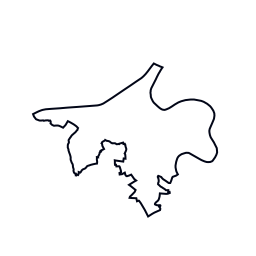 Thu Duc, Hồ Chí Minh city, Vietnam (Albers equal-area conic projection), rotated 207°
{"feature_id": "81297802B1678031067910", "entity_name": "Thu Duc", "entity_type": "district", "adm_level": 2, "iso_a3": "VNM", "parent_name": "Vietnam", "parent_adm1": "Hồ Chí Minh city", "projection": "albers", "projection_center": [106.748, 10.855], "detail": "fine", "context": "isolated", "style": "outline", "palette": "ink", "viewbox_px": 256, "rotation_deg": 207, "n_neighbors": 0, "source": "geoboundaries", "source_scale": "gbopen_adm2", "svg_char_len": 5535}
<svg xmlns="http://www.w3.org/2000/svg" viewBox="0 0 256 256"><g transform="rotate(207 128 128)"><path d="M124.7,197.7L126.0,197.6L127.4,197.4L128.8,197.4L131.3,197.2L134.3,197.2L135.0,193.8L136.1,187.4L136.8,184.1L137.7,181.1L138.7,178.6L140.1,176.1L142.0,172.7L145.2,166.8L149.0,160.0L152.8,153.1L155.6,148.0L158.2,143.5L161.1,138.6L162.7,136.7L164.3,135.2L165.6,134.2L168.7,132.3L175.1,128.4L182.5,123.9L191.0,118.8L197.9,114.5L205.1,110.2L209.7,107.4L212.0,105.6L213.0,104.7L215.0,102.5L216.4,100.7L218.9,97.3L217.6,96.1L216.9,95.5L216.0,95.1L214.0,94.1L213.4,94.1L211.9,94.3L210.8,94.4L209.9,94.6L208.6,95.3L207.0,96.3L206.3,96.2L204.8,97.4L203.0,98.4L202.5,98.6L202.0,98.6L201.7,98.5L200.9,99.3L200.2,99.0L199.8,98.6L199.4,97.8L199.1,96.9L196.9,96.3L195.0,96.4L193.6,97.3L191.6,98.4L190.2,98.7L187.9,98.8L186.0,98.8L185.0,102.3L184.9,103.6L184.8,105.8L184.7,106.8L184.0,106.8L181.7,106.8L178.1,106.6L176.7,106.4L175.4,106.2L174.5,106.0L172.5,105.3L172.5,104.7L172.4,104.3L172.3,103.9L172.2,103.5L172.2,103.2L172.5,102.7L172.6,102.0L172.7,101.4L172.9,100.6L173.2,99.7L173.7,98.6L174.0,97.7L174.2,97.3L174.6,96.3L174.7,95.9L174.9,95.0L174.9,94.4L175.0,93.7L175.2,93.0L175.2,92.2L175.3,91.6L175.4,91.1L175.4,90.3L175.3,90.0L174.9,89.4L174.5,89.0L174.2,88.6L174.1,88.0L174.0,87.5L174.1,86.7L174.0,86.0L173.9,85.5L173.6,84.9L173.2,84.1L173.0,83.7L172.9,83.4L172.2,82.7L171.3,81.9L171.1,81.4L170.7,80.9L169.9,80.1L169.0,79.2L168.1,78.4L167.6,77.9L167.0,77.3L166.2,76.4L165.7,75.7L165.4,75.1L165.1,74.4L164.8,73.9L164.4,73.4L164.0,73.0L163.7,72.8L162.9,72.0L162.2,71.4L161.3,70.9L160.7,70.3L160.3,69.9L160.0,69.4L159.6,68.7L159.1,68.0L158.7,67.6L157.9,66.8L157.5,66.2L157.3,65.7L157.2,65.2L156.6,64.5L156.0,63.9L155.5,63.6L155.2,63.5L154.7,63.3L153.8,63.7L153.7,63.6L153.3,62.9L153.0,62.1L152.4,62.3L152.4,63.4L151.1,63.5L151.1,64.2L151.2,64.9L151.3,65.3L151.9,66.4L150.3,66.6L150.1,67.2L150.0,68.2L150.0,69.2L149.5,70.5L148.9,71.2L147.9,72.4L147.4,73.7L147.1,75.4L146.3,76.4L145.4,77.2L144.9,77.8L144.2,78.5L142.7,79.8L140.6,81.5L139.5,82.2L139.7,82.8L140.0,83.6L140.4,84.3L141.3,85.5L142.2,87.4L142.5,87.9L141.3,88.3L141.5,88.6L141.7,89.2L141.6,90.5L141.7,92.2L142.1,93.2L142.1,93.5L141.5,94.2L141.3,94.7L142.1,95.0L141.8,95.7L141.6,96.1L140.7,97.1L139.8,98.4L142.8,100.5L143.3,101.3L144.2,102.4L144.6,102.4L144.6,103.0L144.6,103.5L144.5,104.0L143.2,106.0L142.9,106.7L142.9,107.0L141.3,106.9L140.9,107.0L140.4,107.2L139.3,107.5L138.6,107.6L138.1,107.6L137.7,107.5L136.4,107.2L136.0,107.2L135.5,107.3L135.1,107.2L133.3,108.2L132.6,108.5L132.2,108.5L131.7,108.5L131.2,108.4L130.7,108.4L130.4,108.6L130.1,108.8L129.2,109.4L128.7,109.6L128.8,109.9L125.7,112.8L125.3,112.5L124.8,111.7L123.7,112.4L123.3,111.8L122.9,111.9L122.7,111.7L121.8,110.4L120.1,108.7L119.7,107.9L119.5,106.7L119.4,104.9L119.4,104.6L119.4,103.7L118.7,103.4L118.5,103.2L117.4,101.5L116.8,100.4L116.3,99.5L118.0,98.9L117.0,95.9L123.7,93.6L125.1,93.2L124.5,92.2L123.4,90.1L122.8,89.3L122.0,89.8L120.9,88.5L118.5,89.9L118.2,89.9L117.5,89.4L114.9,86.7L114.1,85.5L115.2,84.1L114.3,82.8L112.3,84.2L110.6,86.8L110.0,86.2L109.3,85.2L107.6,84.4L106.9,84.7L105.5,86.1L104.0,87.9L99.1,85.3L98.6,85.3L97.9,85.1L96.9,84.9L98.3,82.8L101.3,77.8L99.2,77.5L93.1,76.2L93.1,75.2L93.0,74.4L93.1,73.8L94.2,70.2L95.1,67.7L94.9,66.5L92.9,67.3L88.7,69.2L86.7,66.8L85.4,68.2L85.2,68.2L84.8,68.0L83.8,67.5L82.6,66.9L81.0,65.9L75.8,62.6L69.9,58.3L67.7,62.1L67.0,63.2L66.0,64.7L62.2,69.4L62.4,70.3L62.6,70.8L63.0,71.2L63.4,71.5L64.2,71.8L64.6,72.0L64.5,72.3L64.1,72.5L63.9,72.7L63.8,73.0L63.8,73.3L64.0,73.7L64.3,73.8L64.8,73.6L65.7,73.0L66.5,72.6L67.4,72.3L68.3,72.2L68.9,72.2L69.3,72.2L69.5,72.5L69.6,73.0L69.5,73.7L69.4,74.1L69.2,74.8L68.5,76.4L68.3,77.1L68.2,77.7L68.2,78.5L68.5,80.1L68.8,81.4L69.9,84.2L64.1,86.6L62.7,87.5L61.3,89.1L62.0,90.0L63.2,89.3L63.9,90.9L66.0,89.8L66.4,89.9L67.3,90.2L67.7,90.2L68.4,90.3L69.4,90.4L69.9,90.4L70.4,90.5L71.0,90.6L72.1,90.6L72.8,90.7L73.6,91.0L75.1,91.4L75.6,91.5L75.8,91.7L76.0,92.4L76.2,92.9L76.2,93.8L76.7,95.0L77.3,95.9L78.0,96.8L78.9,97.5L79.3,98.0L79.4,98.4L79.4,98.7L79.3,99.1L78.6,99.2L77.5,99.3L76.5,99.4L76.0,99.4L75.4,99.0L74.0,98.5L73.3,98.3L72.1,98.2L70.3,98.0L69.0,97.8L68.0,97.7L67.2,97.5L66.8,97.5L66.2,97.7L65.4,98.2L65.6,100.9L66.0,103.3L66.1,104.2L66.0,104.3L65.9,104.9L64.0,106.9L63.9,107.0L63.7,107.2L63.6,107.4L63.5,107.5L63.4,107.6L62.5,109.3L64.2,110.5L65.5,111.6L67.7,114.4L68.6,116.1L69.7,119.7L70.2,122.6L70.3,124.0L70.2,125.0L69.8,126.5L68.4,129.0L66.4,131.0L65.1,132.2L63.9,132.8L62.8,133.3L62.1,133.4L49.0,132.8L47.4,132.8L44.7,133.0L42.5,133.4L41.1,134.0L39.4,135.0L38.1,136.4L37.7,137.3L37.1,141.4L37.1,144.3L37.5,146.7L38.4,148.2L39.8,150.4L43.9,153.4L44.8,154.1L50.0,157.2L51.7,158.8L53.2,160.7L54.2,162.3L54.4,162.9L54.8,164.3L55.0,167.1L55.2,170.5L55.4,173.2L55.5,174.5L55.6,175.2L55.6,175.3L56.1,176.8L56.6,178.3L57.8,180.3L59.9,182.2L62.7,183.8L63.3,184.1L64.7,184.7L68.4,185.5L72.5,185.7L75.1,185.4L78.6,184.4L81.9,183.4L84.9,181.9L85.6,181.5L89.5,178.9L92.7,176.0L94.7,173.7L96.9,170.3L98.8,166.9L100.4,164.3L102.3,162.0L103.5,160.8L104.7,160.3L105.8,160.0L106.0,160.0L106.3,160.0L107.4,160.0L108.9,160.2L111.4,160.8L116.5,162.3L118.0,163.1L119.6,164.3L120.8,165.2L121.8,166.2L122.8,167.9L123.6,169.0L124.2,170.0L124.4,170.8L124.8,171.6L125.0,172.3L125.1,172.9L125.3,174.1L125.3,175.7L125.3,178.7L125.3,180.9L125.3,184.1L125.4,186.6L125.4,190.6L125.2,192.6L125.2,193.7L125.1,194.6L125.0,195.5L125.0,196.2L124.9,196.9L124.8,197.3L124.7,197.6L124.7,197.7Z" fill="none" stroke="#020617" stroke-width="2"/></g></svg>